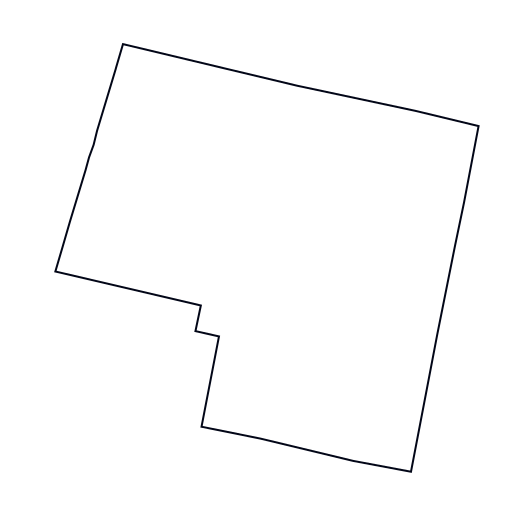 Marion, Alabama, United States of America (Equal Earth projection), rotated 11°
{"feature_id": "52423323B32339389880328", "entity_name": "Marion", "entity_type": "district", "adm_level": 2, "iso_a3": "USA", "parent_name": "United States of America", "parent_adm1": "Alabama", "projection": "equal_earth", "projection_center": [-87.968, 34.118], "detail": "fine", "context": "isolated", "style": "outline", "palette": "ink", "viewbox_px": 512, "rotation_deg": 11, "n_neighbors": 0, "source": "geoboundaries", "source_scale": "gbopen_adm2", "svg_char_len": 457}
<svg xmlns="http://www.w3.org/2000/svg" viewBox="0 0 512 512"><g transform="rotate(11 256 256)"><path d="M85.0,73.4L83.4,90.3L82.7,97.8L82.6,99.3L76.1,163.3L75.4,177.8L73.3,191.0L72.3,204.3L66.8,257.7L64.4,284.1L62.0,309.5L211.3,315.1L210.9,341.3L235.0,342.0L235.1,434.0L295.2,434.4L390.6,438.6L449.3,438.2L449.1,360.0L448.9,298.8L449.4,208.3L450.0,164.0L449.7,86.0L384.6,83.1L264.1,81.0L85.0,73.4Z" fill="none" stroke="#020617" stroke-width="2"/></g></svg>